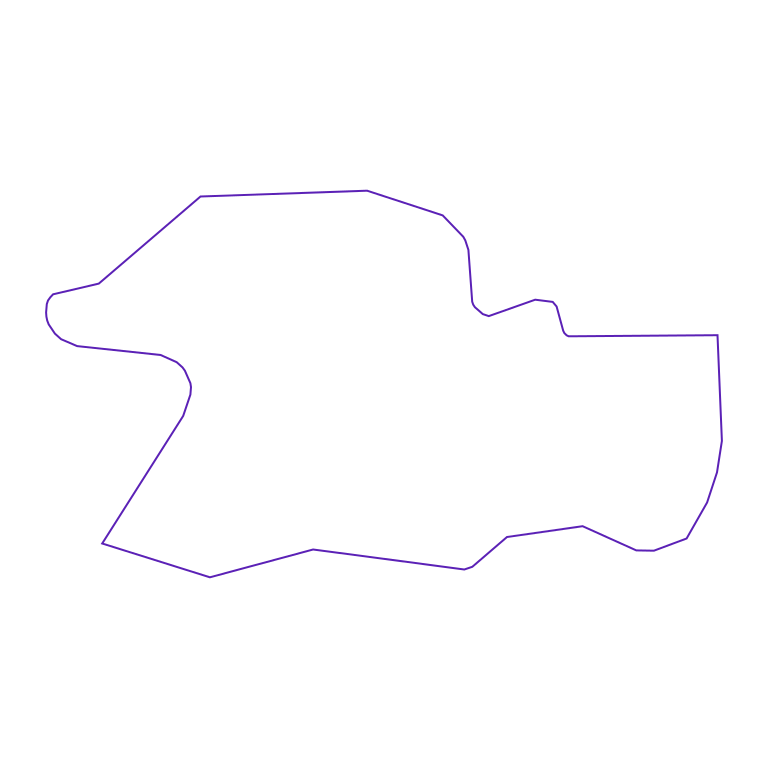 the border of Ealing
{"feature_id": "GBR-2066", "entity_name": "Ealing", "entity_type": "London Borough", "adm_level": 1, "iso_a3": "GBR", "parent_name": "United Kingdom", "parent_adm1": "", "projection": "orthographic", "projection_center": [-0.328, 51.519], "detail": "fine", "context": "isolated", "style": "outline", "palette": "violet", "viewbox_px": 768, "rotation_deg": 0, "n_neighbors": 0, "source": "natural_earth", "source_scale": "10m", "svg_char_len": 751}
<svg xmlns="http://www.w3.org/2000/svg" viewBox="0 0 768 768"><path d="M653.9,550.7L636.3,550.4L582.6,526.2L507.0,537.0L472.3,566.8L464.3,569.5L313.1,549.5L209.9,577.3L102.2,543.5L183.2,415.9L190.4,394.6L191.0,387.1L190.4,383.2L184.9,370.7L182.5,367.4L176.7,362.2L160.6,355.0L77.1,346.1L61.1,339.2L54.9,333.6L48.7,324.4L47.2,320.5L46.4,316.6L46.1,312.5L46.8,304.1L48.0,300.5L50.3,297.3L53.1,294.3L98.8,283.6L200.5,196.5L367.1,190.7L442.7,215.4L463.3,236.8L465.3,240.4L468.4,249.9L472.2,301.7L473.2,304.6L474.9,307.2L482.8,314.1L488.8,316.1L535.2,299.7L552.7,301.9L556.6,306.5L563.2,330.7L564.3,333.0L566.6,335.3L568.7,336.3L717.5,335.2L721.9,440.9L717.0,472.4L707.1,502.5L686.6,538.5L653.9,550.7Z" fill="none" stroke="#5b21b6" stroke-width="2"/></svg>